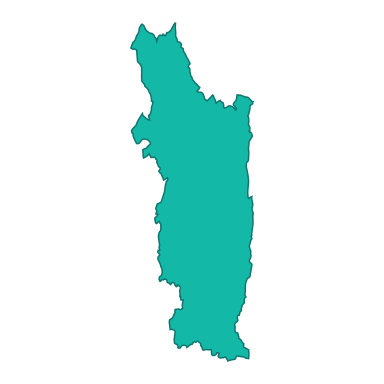 Manjakandriana, Analamanga, Madagascar
{"feature_id": "10022922B50774823120221", "entity_name": "Manjakandriana", "entity_type": "district", "adm_level": 2, "iso_a3": "MDG", "parent_name": "Madagascar", "parent_adm1": "Analamanga", "projection": "equal_earth", "projection_center": [47.79, -18.821], "detail": "fine", "context": "isolated", "style": "filled", "palette": "teal", "viewbox_px": 384, "rotation_deg": 0, "n_neighbors": 0, "source": "geoboundaries", "source_scale": "gbopen_adm2", "svg_char_len": 6017}
<svg xmlns="http://www.w3.org/2000/svg" viewBox="0 0 384 384"><path d="M170.2,329.6L171.1,329.2L174.2,330.1L174.7,330.7L175.1,331.7L175.0,334.1L174.5,336.1L174.6,337.4L174.1,339.1L174.5,343.1L177.7,345.2L178.2,346.4L177.8,347.5L178.4,348.1L180.0,348.1L181.9,345.6L184.0,345.1L186.1,345.7L186.5,346.1L186.8,347.4L190.7,344.5L192.1,344.3L193.8,341.9L194.6,341.7L195.7,342.3L197.3,341.3L198.0,341.2L199.2,342.5L199.9,342.8L200.7,343.7L200.6,345.5L201.8,346.7L202.4,349.2L203.1,350.2L206.0,349.5L209.0,349.8L210.9,349.7L211.3,350.2L211.5,351.0L211.6,354.2L212.1,355.0L213.1,355.6L214.4,355.4L216.0,354.5L216.4,354.0L216.7,353.0L217.1,352.6L217.9,353.0L218.8,352.7L219.1,353.0L219.1,353.8L218.1,356.0L218.9,357.5L220.9,358.1L222.3,357.5L223.5,357.8L225.0,356.9L225.5,356.9L228.0,361.0L229.0,360.4L234.9,359.2L235.6,358.4L236.3,356.5L237.3,356.0L244.2,357.1L245.6,358.0L248.6,358.6L248.9,355.4L248.7,349.8L244.1,347.4L243.6,346.8L243.5,346.3L243.8,344.8L243.7,343.6L242.4,342.6L240.8,339.8L238.8,338.3L238.7,338.0L238.8,336.6L238.2,335.7L238.2,334.2L237.8,333.3L237.2,332.8L235.8,332.3L235.0,331.4L235.1,326.8L234.6,324.5L235.2,323.1L237.2,321.5L237.7,320.6L237.7,319.6L237.3,317.2L237.7,315.6L238.0,315.1L239.2,315.3L239.4,315.0L239.8,312.4L241.2,311.0L241.4,310.5L241.3,308.4L242.5,304.7L244.3,302.9L244.3,298.9L244.5,298.2L245.7,297.4L245.9,296.8L244.8,294.9L245.3,291.5L245.3,286.6L245.7,282.8L247.2,278.8L250.0,276.6L250.1,274.7L250.8,271.6L251.4,267.3L251.9,266.1L251.8,264.3L251.3,263.4L249.8,262.4L249.4,261.6L249.6,259.7L250.7,257.8L251.0,255.5L250.6,253.6L250.8,251.0L249.7,248.3L249.3,245.7L250.0,243.8L250.8,240.4L251.9,238.6L251.3,236.9L251.8,234.9L251.7,233.1L252.8,225.5L253.0,221.9L252.8,216.7L253.2,213.5L252.7,211.5L252.1,209.9L252.0,208.5L252.8,204.9L252.7,203.5L251.7,199.1L251.8,196.5L248.5,198.4L248.0,197.1L247.7,193.2L247.8,190.1L248.6,181.6L248.1,176.4L247.6,173.2L246.3,166.9L246.2,165.6L246.4,163.3L246.9,162.3L248.2,160.9L248.5,159.2L248.8,152.8L248.5,148.6L249.0,142.3L249.1,141.6L252.3,136.2L252.2,135.2L251.1,132.6L250.6,132.2L249.4,131.9L249.1,131.5L249.1,131.0L249.8,130.5L249.7,129.7L250.0,127.8L248.6,124.8L248.5,123.4L248.8,120.8L248.7,118.4L248.4,116.9L247.7,115.9L248.6,114.4L249.6,110.3L250.0,107.8L250.0,105.7L252.4,104.0L252.7,103.5L252.6,102.6L253.1,101.6L251.7,101.3L248.6,97.8L247.4,97.2L245.1,96.9L240.5,95.2L237.1,94.9L236.3,99.7L235.8,100.8L233.8,103.0L233.4,104.1L233.4,104.6L233.9,105.5L234.8,106.2L236.2,108.4L236.2,109.8L235.7,110.1L235.3,110.0L233.9,107.8L232.3,106.7L230.4,105.9L228.8,105.8L226.3,107.7L224.1,107.8L223.7,107.3L223.6,104.3L223.1,102.9L221.3,101.9L220.2,100.4L218.5,101.1L216.2,103.3L215.3,100.2L214.5,98.8L213.3,95.7L212.7,95.0L207.3,100.9L206.7,100.7L206.0,99.8L204.5,99.0L204.2,96.9L203.2,94.3L202.5,93.2L201.3,92.3L198.3,92.1L196.9,91.0L198.8,89.2L199.8,87.5L197.8,85.6L196.7,84.1L195.0,83.1L194.5,81.8L193.0,80.2L192.3,79.0L191.8,77.1L190.6,75.5L190.4,73.3L189.9,71.4L189.8,68.7L189.4,68.0L188.4,67.5L188.2,66.4L188.7,65.2L190.0,63.9L190.0,63.1L189.7,63.0L188.0,59.3L187.4,58.6L185.3,54.2L183.5,51.2L183.2,48.7L181.1,47.2L181.0,46.1L181.4,44.7L180.9,43.3L179.6,42.1L178.4,42.1L177.6,41.6L177.3,40.9L176.8,38.3L175.7,36.6L175.7,32.3L175.3,27.1L175.5,23.1L175.1,23.0L174.0,24.4L170.6,30.8L170.3,30.8L168.2,32.6L167.5,32.8L166.8,32.5L165.7,35.6L165.3,35.8L164.3,35.4L163.8,34.5L163.1,34.1L162.5,35.5L161.5,35.5L160.4,35.1L159.1,35.5L157.9,37.6L156.8,41.5L155.9,38.2L154.7,37.1L154.3,35.7L153.8,35.0L151.7,33.3L150.2,33.4L146.9,31.0L145.4,29.2L143.9,25.8L142.5,24.4L142.0,24.2L141.5,24.4L139.6,27.4L139.2,28.8L139.0,31.3L137.9,34.0L136.7,35.6L135.2,40.0L134.2,41.3L132.7,42.6L132.5,44.0L131.7,45.1L131.6,46.0L130.8,48.0L131.9,48.8L133.1,49.2L134.2,48.9L136.6,49.9L137.5,61.1L138.0,62.2L139.6,63.6L141.0,65.7L141.7,68.1L141.6,77.6L141.9,81.2L144.5,84.5L144.9,86.3L147.3,88.5L148.7,90.5L149.3,92.5L150.5,94.5L151.4,97.7L151.4,100.9L151.9,101.4L152.7,101.3L152.7,103.7L151.5,107.2L151.3,110.5L150.3,113.7L149.6,115.0L148.6,115.3L148.5,115.6L149.6,120.2L147.8,119.7L142.9,115.5L142.4,113.5L138.2,120.2L136.6,123.6L135.8,125.9L134.7,126.6L132.6,128.9L131.9,130.3L131.6,130.4L131.6,131.0L131.9,132.8L133.2,133.8L133.0,135.5L134.3,139.0L136.6,143.6L138.1,143.6L139.3,143.1L141.9,139.8L143.2,139.0L145.5,139.2L147.7,139.8L149.9,141.9L150.5,144.0L148.3,145.9L146.1,148.3L142.8,149.6L143.2,156.8L143.7,158.0L147.4,155.8L149.1,153.7L151.0,157.5L154.9,157.3L155.6,158.3L156.0,159.3L156.9,160.0L157.1,160.4L156.8,161.5L156.8,162.8L157.8,164.1L158.2,165.9L158.6,166.6L159.9,167.6L160.2,168.5L160.1,169.3L158.9,170.8L158.8,171.3L159.8,172.7L161.1,173.6L163.7,180.1L167.4,177.8L168.0,179.5L166.4,181.5L165.5,184.8L164.5,191.8L161.6,200.8L160.9,202.4L157.2,204.0L156.9,205.0L155.7,208.6L156.8,210.9L156.6,212.1L156.1,212.8L156.0,214.2L157.2,213.9L157.9,214.6L157.2,215.7L155.1,217.8L154.7,218.6L155.4,222.2L155.9,223.2L156.4,223.6L156.8,223.5L158.5,221.6L159.0,221.4L159.6,221.8L160.0,223.3L160.6,223.8L160.9,224.6L160.8,226.5L160.9,229.0L160.3,231.3L159.6,231.8L159.1,232.7L158.6,234.7L158.4,236.5L159.6,245.1L159.0,247.7L159.7,249.4L159.8,250.2L159.3,250.5L158.8,250.2L158.3,250.3L157.8,251.5L157.8,252.2L158.4,253.0L159.9,254.6L158.1,257.1L157.8,258.4L158.4,260.3L159.7,262.9L160.6,265.0L160.8,266.4L162.3,269.7L162.0,270.3L162.2,271.9L162.0,273.6L161.4,275.6L160.1,276.3L159.3,277.4L159.1,278.2L159.3,280.0L159.7,280.3L159.7,281.1L160.5,281.3L161.8,279.8L162.5,279.6L163.6,279.9L164.3,278.8L164.7,278.9L165.3,279.3L166.5,279.4L167.1,282.0L167.6,282.7L168.9,282.9L170.2,284.4L170.7,284.6L172.0,282.7L173.0,282.4L174.2,283.0L175.0,285.3L176.3,286.7L177.6,285.9L177.7,285.6L177.5,285.0L178.8,285.2L179.1,285.8L180.2,286.8L180.5,287.7L179.6,290.8L180.1,294.0L179.8,296.0L180.0,296.7L180.7,296.6L180.6,298.2L180.9,300.0L183.2,300.0L182.4,303.9L182.2,305.7L182.7,308.4L180.1,309.8L178.9,309.0L175.6,309.3L175.0,309.8L174.9,313.5L174.2,314.0L172.8,317.3L172.0,318.4L169.7,319.7L169.4,320.7L169.3,322.4L170.2,329.6Z" fill="#14b8a6" stroke="#0f766e" stroke-width="1.5"/></svg>